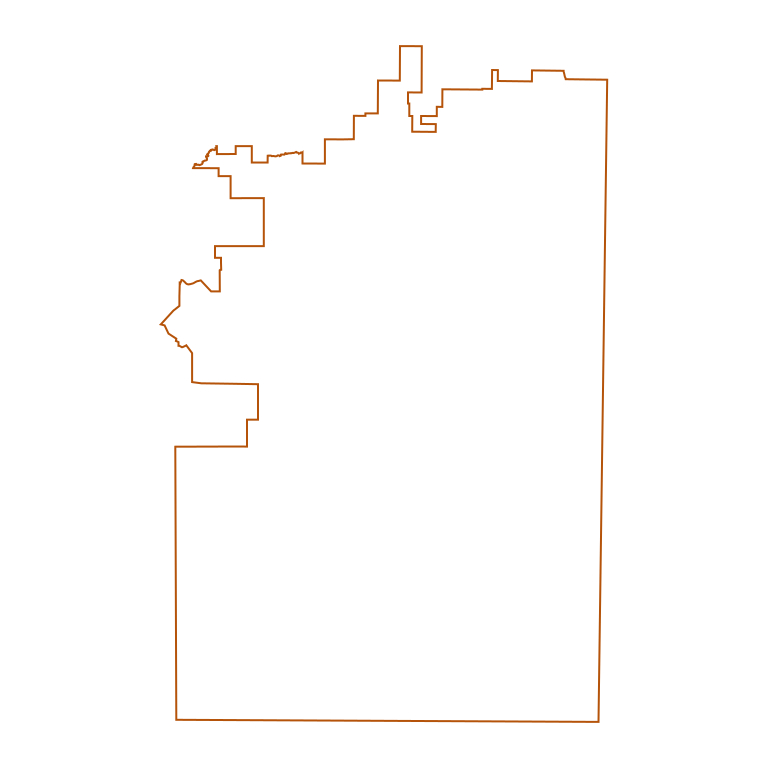 outline of Halls Creek, Western Australia, Australia
{"feature_id": "25037944B45139039746134", "entity_name": "Halls Creek", "entity_type": "district", "adm_level": 2, "iso_a3": "AUS", "parent_name": "Australia", "parent_adm1": "Western Australia", "projection": "orthographic", "projection_center": [126.613, -19.001], "detail": "fine", "context": "isolated", "style": "outline", "palette": "amber", "viewbox_px": 768, "rotation_deg": 0, "n_neighbors": 0, "source": "geoboundaries", "source_scale": "gbopen_adm2", "svg_char_len": 5132}
<svg xmlns="http://www.w3.org/2000/svg" viewBox="0 0 768 768"><path d="M175.3,447.3L176.3,719.8L598.5,721.9L607.2,79.7L590.0,79.5L565.7,79.2L565.6,78.8L565.6,78.4L565.5,78.1L565.4,77.7L564.9,76.9L564.7,75.9L564.6,75.5L564.5,75.1L564.4,74.7L564.4,74.4L564.3,73.9L564.1,73.5L564.0,72.7L563.8,72.3L563.7,71.9L563.6,71.6L563.6,70.8L532.0,70.4L531.9,81.4L497.8,81.0L497.9,70.1L492.1,70.0L491.9,88.9L482.3,88.8L482.3,89.6L442.4,89.3L442.3,106.9L436.8,106.8L436.8,116.1L421.1,116.0L421.1,124.0L435.8,124.1L435.7,131.9L412.2,131.7L412.3,116.0L409.3,116.0L409.3,103.5L408.0,103.5L408.0,92.4L421.6,92.5L421.8,46.2L400.0,46.1L399.8,80.6L378.0,80.5L377.8,113.4L365.4,113.4L365.4,115.9L353.9,115.8L353.8,139.2L342.2,139.4L324.9,139.3L324.9,163.6L302.5,163.5L302.5,152.5L302.4,152.6L302.2,152.5L301.8,152.5L301.7,152.5L301.5,152.4L301.2,152.4L301.1,152.5L301.3,152.6L301.3,152.8L301.5,153.0L301.2,152.9L300.9,152.6L300.7,152.6L300.4,152.9L300.3,153.1L300.2,153.1L299.8,153.4L299.0,153.4L299.0,153.5L298.9,153.6L298.7,153.2L298.1,152.8L297.8,152.7L297.5,152.7L297.3,152.7L297.2,152.6L296.9,152.6L296.7,152.3L296.5,152.1L296.4,152.0L296.2,151.9L295.4,152.3L294.9,152.6L294.5,152.7L294.2,152.8L293.6,153.0L293.4,153.0L293.1,152.9L292.9,153.0L292.6,152.9L292.1,153.0L291.8,153.1L291.5,153.1L291.4,153.1L291.0,153.2L290.9,153.3L290.5,153.2L290.3,153.3L289.9,153.3L289.6,153.3L289.2,153.3L288.5,153.3L288.3,153.4L288.2,153.5L287.9,153.5L287.7,153.5L287.4,153.5L287.1,153.7L287.1,153.8L286.9,154.0L286.6,154.0L286.4,153.9L286.1,153.8L285.9,153.6L286.0,153.4L285.8,153.2L285.7,153.1L285.4,153.1L285.1,153.3L285.0,153.7L284.9,154.1L284.8,154.3L284.7,154.4L284.4,154.6L284.0,154.5L283.6,154.6L283.4,154.6L283.1,154.5L282.8,154.5L282.7,154.5L282.2,154.5L281.8,154.5L281.0,154.5L280.9,154.6L280.8,154.9L280.9,155.3L280.8,155.7L280.7,155.8L280.3,155.9L280.2,155.9L279.9,156.0L279.9,155.9L279.2,155.5L278.9,155.5L278.6,155.4L277.9,155.4L277.7,155.4L277.5,155.5L277.2,155.8L276.9,156.1L276.6,156.2L276.2,156.2L275.7,156.3L275.2,156.4L274.9,156.3L274.5,156.2L274.2,156.1L273.8,156.1L273.6,156.0L273.3,156.0L273.2,156.0L272.9,156.0L272.3,156.1L272.2,156.1L271.9,156.1L271.7,156.1L271.5,155.9L271.2,155.7L270.7,155.6L270.2,155.6L269.8,155.7L269.6,155.6L269.1,155.6L268.9,155.7L268.5,155.6L267.7,155.7L267.6,162.5L251.8,162.5L251.8,146.1L235.7,146.1L235.7,154.0L216.9,154.1L216.9,146.1L216.6,146.1L216.7,146.3L216.8,146.5L216.7,146.8L216.3,147.2L216.2,147.2L215.7,147.5L215.5,147.8L215.6,148.0L215.5,148.3L215.7,148.6L215.8,149.1L215.7,149.4L215.5,149.6L215.1,149.8L214.9,149.9L214.7,150.0L214.4,150.1L214.1,150.1L213.9,150.0L213.7,149.8L213.5,149.7L213.3,149.7L213.2,149.7L212.8,149.7L212.7,149.7L212.2,149.8L211.9,149.7L211.8,149.8L211.8,149.7L211.5,149.8L211.2,149.8L210.9,149.9L210.9,150.0L210.7,150.1L210.4,150.4L210.4,150.8L210.0,151.0L209.9,151.0L209.7,151.0L209.5,151.3L209.3,151.5L209.2,151.7L209.0,151.9L209.0,152.0L208.9,152.1L208.9,152.6L208.7,153.0L208.3,153.5L208.0,153.6L208.0,153.8L207.7,153.9L207.4,154.1L207.2,154.3L207.1,154.5L207.4,154.8L207.6,155.0L208.1,155.2L208.4,155.7L208.4,155.8L208.3,156.0L208.1,156.2L207.9,156.3L207.7,156.3L207.4,156.4L206.9,156.5L206.5,156.5L206.4,156.4L206.0,156.4L206.0,156.8L206.3,157.3L206.4,157.5L206.5,157.7L206.7,158.0L206.9,158.3L206.9,158.6L207.0,158.8L207.0,159.0L207.0,159.4L206.9,159.6L206.8,159.8L206.8,160.0L206.6,160.1L206.3,160.3L206.0,160.4L205.8,160.5L205.1,160.5L204.7,160.6L204.2,160.9L203.9,161.0L203.7,161.2L203.5,161.3L203.4,161.5L203.2,161.5L202.8,161.5L202.4,162.0L202.5,162.4L202.5,162.7L202.6,162.9L202.6,163.0L202.4,163.3L202.4,163.5L202.3,163.8L202.1,164.0L201.6,164.3L201.1,164.5L200.7,164.7L200.3,164.9L199.9,164.9L199.8,165.0L199.6,165.1L199.1,165.1L198.9,165.0L198.8,164.9L198.7,164.8L198.4,164.7L198.1,164.7L197.7,164.7L197.4,164.8L197.1,164.9L196.8,164.9L196.6,164.9L196.4,164.7L196.3,164.2L196.1,163.9L195.2,164.0L194.8,164.1L194.7,164.2L194.7,164.3L194.6,164.6L194.6,164.9L194.6,165.0L194.8,165.4L194.8,165.5L194.4,165.9L194.2,166.3L194.1,166.5L193.9,166.8L193.5,167.2L193.4,167.3L193.3,167.5L193.2,167.8L193.1,168.1L218.6,168.2L218.6,176.1L230.6,176.1L230.6,198.2L263.8,198.1L263.8,246.1L215.0,246.1L215.0,257.8L221.0,257.8L221.0,262.5L221.2,269.8L220.9,269.9L220.7,269.9L220.4,269.7L220.2,269.8L220.1,270.0L219.7,270.3L219.8,291.4L211.1,291.4L200.8,280.4L199.9,280.6L198.5,281.0L197.6,281.1L197.3,281.2L196.5,281.5L195.7,281.9L194.5,282.6L194.0,282.9L192.7,283.5L192.2,283.6L191.1,283.9L190.8,284.0L190.0,284.2L189.2,284.2L188.9,284.4L188.5,284.4L187.4,284.2L187.1,284.1L186.0,283.4L185.7,283.1L185.1,282.4L184.8,282.1L183.4,280.8L183.1,280.5L182.1,280.1L181.5,280.0L180.7,282.4L179.7,282.4L179.7,284.6L179.9,284.6L179.7,285.2L179.4,296.4L179.4,305.9L173.3,310.7L160.8,324.4L164.6,325.4L168.5,333.6L176.3,338.7L175.9,341.0L176.2,341.1L177.3,341.5L178.5,342.1L178.5,345.8L179.3,345.8L181.2,346.8L181.3,346.9L181.5,347.0L181.9,347.2L182.0,347.1L182.3,347.1L182.9,347.0L185.9,345.6L186.3,345.3L192.1,353.1L192.1,382.1L201.3,383.3L235.5,383.8L258.0,384.2L258.0,419.7L247.0,419.7L247.0,446.6L239.4,446.5L175.3,446.7L175.3,447.3Z" fill="none" stroke="#b45309" stroke-width="2"/></svg>